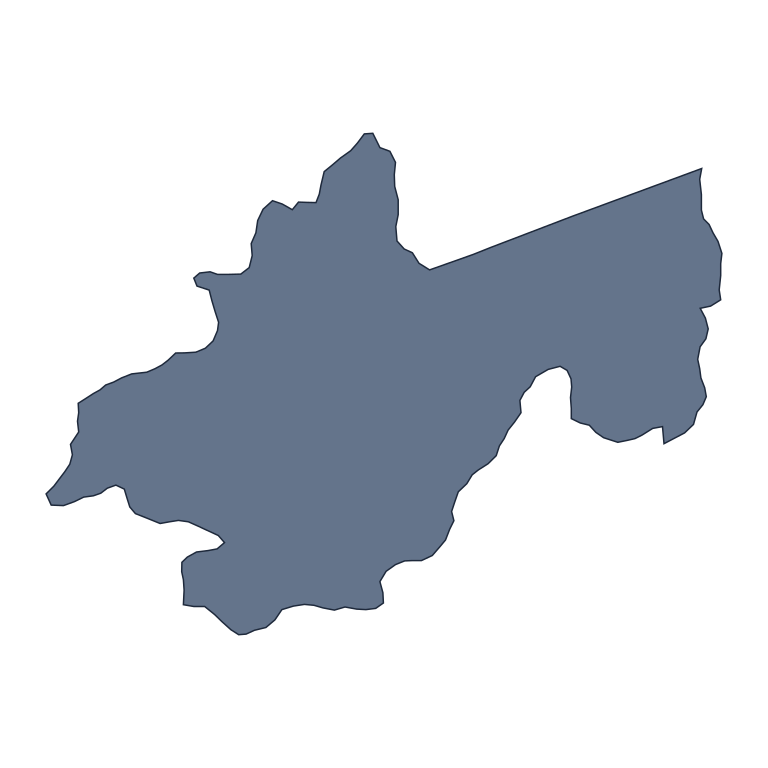 outline of Alvarenga, Minas Gerais, Brazil
{"feature_id": "56859067B30296109157485", "entity_name": "Alvarenga", "entity_type": "district", "adm_level": 2, "iso_a3": "BRA", "parent_name": "Brazil", "parent_adm1": "Minas Gerais", "projection": "robinson", "projection_center": [-41.705, -19.42], "detail": "fine", "context": "isolated", "style": "filled", "palette": "slate", "viewbox_px": 768, "rotation_deg": 0, "n_neighbors": 0, "source": "geoboundaries", "source_scale": "gbopen_adm2", "svg_char_len": 2586}
<svg xmlns="http://www.w3.org/2000/svg" viewBox="0 0 768 768"><path d="M664.0,443.7L673.7,438.6L684.6,432.9L693.5,424.4L697.0,412.0L702.9,404.7L706.3,396.7L704.7,387.8L700.9,377.9L699.7,368.7L697.7,359.3L700.1,346.8L705.9,338.8L708.2,328.9L705.4,318.1L700.2,308.3L710.6,306.1L720.7,299.8L719.2,289.9L720.7,275.6L720.7,263.6L721.9,253.4L718.0,241.4L713.0,232.8L709.1,224.5L703.6,218.9L701.4,210.1L701.4,194.6L699.7,179.3L701.7,168.5L573.0,216.0L491.1,247.3L473.3,254.4L429.6,269.9L419.0,263.3L412.4,252.8L404.2,249.0L397.0,241.0L395.8,226.6L398.2,214.6L398.2,199.8L394.7,186.4L394.3,174.7L395.5,162.4L389.9,151.3L379.9,147.6L376.4,140.5L372.8,133.3L364.3,133.9L357.4,143.1L350.7,150.7L340.6,157.9L331.7,165.5L324.2,171.6L321.0,185.0L319.3,194.1L316.0,202.6L306.9,202.4L298.5,202.1L292.3,209.7L282.2,204.0L272.5,200.7L263.1,209.2L257.7,220.5L255.9,232.8L251.2,243.6L252.2,255.6L249.2,267.6L240.8,274.1L228.4,274.4L217.5,274.4L210.1,271.8L199.7,273.0L193.8,278.1L197.0,286.1L209.2,290.1L211.9,300.7L215.1,311.5L218.6,322.3L217.5,330.6L213.1,340.9L205.4,348.2L195.8,352.2L184.4,352.9L175.7,353.0L168.1,360.2L161.9,365.0L155.0,368.7L146.8,372.2L131.7,373.9L121.6,377.9L113.6,382.1L105.7,385.0L100.0,389.9L93.3,393.6L85.6,398.6L78.2,403.3L78.7,412.7L77.5,421.2L78.7,432.0L70.5,444.4L72.4,454.8L69.8,464.2L64.8,471.7L59.4,478.8L53.9,486.1L46.1,493.9L51.2,505.1L63.5,505.6L74.5,501.6L83.7,497.1L93.4,495.8L100.8,493.2L107.3,488.2L115.9,485.1L124.3,489.1L127.0,498.1L129.8,507.0L135.4,513.6L146.8,518.1L160.1,523.5L169.5,521.8L178.4,520.4L188.4,521.8L198.0,526.1L207.0,530.3L218.3,535.5L224.5,542.6L217.1,548.9L207.9,550.6L196.5,552.0L187.3,557.1L181.9,562.3L181.7,571.7L183.4,579.7L184.1,590.1L183.4,604.7L193.8,606.5L204.7,606.5L214.7,614.6L222.1,621.8L231.0,629.8L238.7,634.7L246.1,634.1L254.4,630.3L265.9,627.5L274.9,619.9L281.9,609.6L293.4,606.1L304.4,604.4L314.0,605.3L323.0,607.9L334.4,610.1L345.0,607.0L356.6,609.1L365.9,609.6L375.7,608.4L383.4,603.0L382.9,592.7L379.9,581.6L386.1,571.3L395.5,564.6L404.7,560.9L411.8,560.6L421.4,560.6L432.3,555.5L440.0,546.6L445.5,540.0L449.7,529.2L453.9,520.7L451.6,511.5L454.7,502.1L458.3,491.8L466.8,483.7L472.2,474.8L478.4,469.9L488.1,463.7L496.2,455.7L499.4,445.9L504.2,438.6L508.1,430.1L514.5,422.1L521.0,412.7L519.9,400.4L524.2,392.3L530.2,386.8L535.6,376.7L548.2,369.4L560.1,366.3L567.1,370.4L571.0,378.8L571.7,387.0L570.5,397.6L571.3,408.4L571.3,418.6L580.3,423.0L589.3,425.2L595.9,432.4L603.6,437.7L617.8,442.3L627.2,440.4L635.0,438.6L642.0,435.1L652.7,428.4L662.5,426.6L664.0,443.7Z" fill="#64748b" stroke="#1e293b" stroke-width="1.5"/></svg>